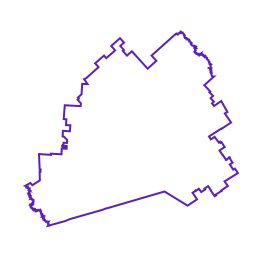 Cobar, New South Wales, Australia (Robinson projection), rotated 86°
{"feature_id": "25037944B19938962930750", "entity_name": "Cobar", "entity_type": "district", "adm_level": 2, "iso_a3": "AUS", "parent_name": "Australia", "parent_adm1": "New South Wales", "projection": "robinson", "projection_center": [145.926, -31.966], "detail": "fine", "context": "isolated", "style": "outline", "palette": "violet", "viewbox_px": 256, "rotation_deg": 86, "n_neighbors": 0, "source": "geoboundaries", "source_scale": "gbopen_adm2", "svg_char_len": 5673}
<svg xmlns="http://www.w3.org/2000/svg" viewBox="0 0 256 256"><g transform="rotate(86 128 128)"><path d="M196.8,39.3L192.8,32.5L188.0,35.4L180.6,21.5L176.0,24.2L176.9,25.9L171.5,29.0L169.9,26.1L165.8,28.4L164.3,28.5L164.2,28.9L164.8,29.8L165.3,30.1L166.4,31.9L166.7,32.0L166.6,32.7L166.0,32.7L161.5,35.3L161.6,35.6L156.8,38.3L153.8,32.9L148.7,35.7L149.3,36.8L148.9,37.3L148.2,37.4L148.9,38.4L142.9,42.2L145.1,46.1L142.1,47.8L135.2,35.2L135.5,35.0L129.7,24.8L120.2,30.4L119.0,27.7L107.6,33.1L112.0,40.6L109.3,42.5L107.8,40.5L104.0,43.5L101.9,40.9L98.0,44.3L97.3,43.4L90.6,48.9L82.7,38.7L82.7,39.6L82.0,40.7L80.3,41.0L79.7,40.7L78.5,40.7L78.3,41.3L78.6,41.7L78.1,41.9L77.8,41.9L77.1,40.9L76.4,40.7L75.8,40.9L75.6,41.2L76.0,41.4L75.7,42.1L75.0,41.5L74.6,41.8L74.8,41.3L74.6,41.2L74.1,42.3L73.8,41.1L73.4,41.7L73.0,41.3L72.4,41.5L71.9,41.2L70.9,41.3L70.4,40.6L70.1,41.0L70.5,41.8L69.9,42.3L69.6,42.3L69.6,41.9L69.4,41.7L68.7,42.3L68.5,42.0L68.7,41.6L67.9,42.3L67.6,42.3L67.2,42.9L66.1,42.9L65.4,43.9L64.6,44.5L63.6,44.2L63.2,44.6L62.8,46.1L61.9,45.8L61.9,46.2L62.5,46.5L62.0,46.8L61.7,46.2L61.1,46.2L61.1,46.8L61.5,47.3L61.0,47.5L60.6,48.1L60.1,48.1L60.1,48.4L60.9,48.6L60.7,48.9L60.0,49.0L60.2,49.3L59.9,49.6L59.9,50.0L59.0,49.6L58.9,50.1L58.7,50.0L59.0,50.5L59.5,50.5L59.5,50.8L60.1,50.9L60.7,51.9L59.7,52.6L59.2,52.6L59.6,53.3L59.2,53.8L58.6,53.8L58.1,54.2L58.1,54.5L58.7,54.6L58.7,54.8L57.7,55.0L57.6,55.9L57.2,56.4L56.6,56.4L56.4,55.7L55.4,55.7L55.2,55.1L54.1,55.4L54.3,55.7L53.9,55.8L53.6,55.2L53.1,54.9L53.1,54.6L52.8,54.9L52.3,54.4L51.8,54.5L51.6,54.3L51.2,54.9L51.7,55.9L51.0,55.7L50.7,56.0L51.5,56.6L50.3,57.5L50.0,58.7L49.2,58.9L48.7,59.4L48.0,59.7L47.5,59.5L47.4,58.9L46.8,59.6L46.2,59.7L45.9,60.4L44.8,60.6L45.2,61.0L44.2,61.1L43.9,62.6L43.3,62.5L43.4,63.1L42.9,62.9L42.3,63.3L42.1,64.0L42.5,64.6L42.4,64.9L41.8,65.0L41.4,65.3L40.5,65.1L40.1,65.4L39.5,64.9L39.1,65.2L38.9,65.9L37.8,65.9L37.3,66.6L36.8,66.8L37.1,67.2L37.0,67.4L35.9,68.3L36.6,68.7L35.9,69.2L36.9,69.8L36.9,70.4L37.5,70.8L37.2,71.5L37.3,71.9L38.1,72.1L37.5,72.9L37.7,73.3L37.3,73.4L37.5,73.9L38.0,74.3L38.3,74.9L57.4,99.4L63.0,95.0L70.2,104.3L51.7,118.8L55.7,123.9L50.7,127.8L49.9,126.6L45.6,130.0L42.5,126.0L37.8,129.7L45.0,139.0L49.7,135.4L56.8,144.8L54.1,146.9L61.2,156.3L65.2,153.1L75.3,166.1L76.2,168.4L81.4,165.3L80.8,170.6L91.2,172.0L94.1,175.8L95.2,174.9L96.3,176.3L100.1,173.3L102.9,173.7L100.9,189.5L114.6,191.5L115.0,188.9L120.8,189.6L121.3,185.3L127.2,186.2L126.3,193.1L131.9,193.8L132.1,192.6L135.6,189.5L138.6,189.9L138.2,193.3L140.9,193.8L140.5,194.4L141.3,195.1L142.0,194.3L142.6,192.4L142.0,192.3L141.8,193.0L141.2,192.9L141.7,190.4L144.4,190.7L143.8,195.5L149.6,196.2L148.2,206.8L149.4,206.8L147.8,218.6L163.2,219.0L163.3,218.1L165.6,218.4L165.5,219.2L174.1,219.6L178.4,227.4L176.0,229.2L178.5,234.5L178.7,234.0L179.0,234.1L178.8,233.9L179.3,233.7L179.0,233.3L179.4,233.2L179.5,233.8L179.8,233.7L179.9,233.4L180.4,233.5L180.5,233.0L180.9,233.3L180.5,232.6L180.8,232.4L180.4,232.0L180.9,232.0L181.0,231.5L181.4,231.1L181.2,230.9L181.3,230.5L181.6,230.7L181.8,230.4L182.1,230.5L181.8,230.9L182.6,231.1L182.8,230.8L183.1,231.1L183.3,230.7L183.4,231.2L184.1,230.5L184.0,231.0L185.2,231.0L185.7,231.3L185.9,231.2L185.7,230.8L186.7,230.8L186.9,231.0L187.0,230.6L187.3,230.5L187.3,231.1L187.9,230.9L187.6,231.3L187.9,231.2L187.7,231.6L188.4,231.3L188.6,231.1L188.4,231.0L189.3,231.2L189.3,230.8L188.6,230.2L188.9,229.8L189.4,230.2L189.2,230.5L190.1,230.6L190.2,230.3L190.6,230.5L191.2,230.4L191.2,230.2L191.8,230.5L191.7,230.1L192.1,229.7L191.8,229.4L192.2,229.3L192.0,229.1L192.3,229.0L192.3,228.3L192.8,228.1L192.9,227.3L193.0,227.6L193.6,227.6L193.5,227.3L193.8,227.3L193.8,227.6L194.6,227.8L195.2,227.4L195.6,227.8L196.3,227.8L196.2,228.6L196.4,228.6L196.8,227.8L197.6,227.9L198.1,229.7L197.1,230.0L197.4,230.9L197.7,230.8L197.7,230.5L198.1,230.5L197.9,230.6L198.2,231.2L198.5,230.9L198.2,230.6L198.7,230.6L198.8,230.2L198.9,230.4L199.3,230.2L199.8,230.5L200.0,230.0L200.4,230.1L200.6,229.7L200.6,229.9L201.1,230.0L201.3,229.6L201.2,229.1L201.8,229.0L201.7,228.8L202.0,228.7L202.0,228.0L202.4,228.2L202.6,228.6L202.8,228.5L202.7,228.1L203.1,228.3L203.3,228.1L202.9,227.9L202.8,227.6L203.0,227.7L203.4,227.4L203.3,227.1L203.0,227.2L202.8,227.0L202.9,226.6L203.2,226.5L202.9,226.1L203.2,226.0L203.3,226.2L203.4,225.8L203.8,225.8L203.6,225.6L203.9,225.1L203.8,224.9L204.0,224.8L204.2,225.3L204.3,224.9L204.6,224.9L204.5,224.6L204.0,224.6L203.7,224.2L204.0,224.0L204.2,224.3L204.3,224.0L203.5,223.2L203.9,222.8L203.6,222.0L204.1,222.1L204.6,221.7L204.3,221.5L204.5,221.2L204.3,221.0L204.9,220.9L205.0,220.6L205.4,220.8L205.4,221.0L205.9,221.0L206.6,220.5L206.9,220.8L207.5,220.5L207.9,220.4L207.8,220.5L207.6,220.2L207.7,219.9L208.0,220.1L208.3,219.8L208.5,219.9L208.7,219.3L209.0,219.2L209.3,219.6L209.5,218.8L209.7,219.2L210.0,219.2L209.9,219.7L210.1,219.9L210.4,219.8L210.3,219.5L210.7,218.6L210.9,219.2L211.0,218.8L211.4,218.9L211.3,218.5L211.6,218.3L211.7,218.5L211.5,218.8L212.4,219.0L212.5,218.4L213.3,217.7L213.5,217.8L214.1,217.2L214.6,217.2L214.6,217.5L215.3,216.5L215.6,216.5L215.6,216.1L215.3,216.3L215.6,215.3L215.9,215.4L215.9,214.6L216.1,214.9L216.2,214.6L216.3,214.8L217.0,214.7L217.4,214.0L217.8,214.0L218.3,214.4L219.1,213.9L219.1,214.2L219.5,214.1L219.4,214.3L220.0,214.7L216.4,196.9L214.8,192.3L208.0,159.9L207.1,156.7L206.9,156.5L206.8,155.6L206.5,154.9L206.6,154.4L193.9,96.0L209.6,74.0L204.0,64.1L197.1,68.1L195.7,65.6L195.2,65.3L195.0,65.0L195.5,64.7L193.6,61.8L194.3,61.4L194.1,61.2L197.0,59.4L194.8,55.4L193.8,56.0L191.6,52.1L195.9,49.6L196.1,49.8L202.1,46.3L201.4,44.9L200.6,45.3L197.3,39.0L196.8,39.3Z" fill="none" stroke="#5b21b6" stroke-width="2"/></g></svg>